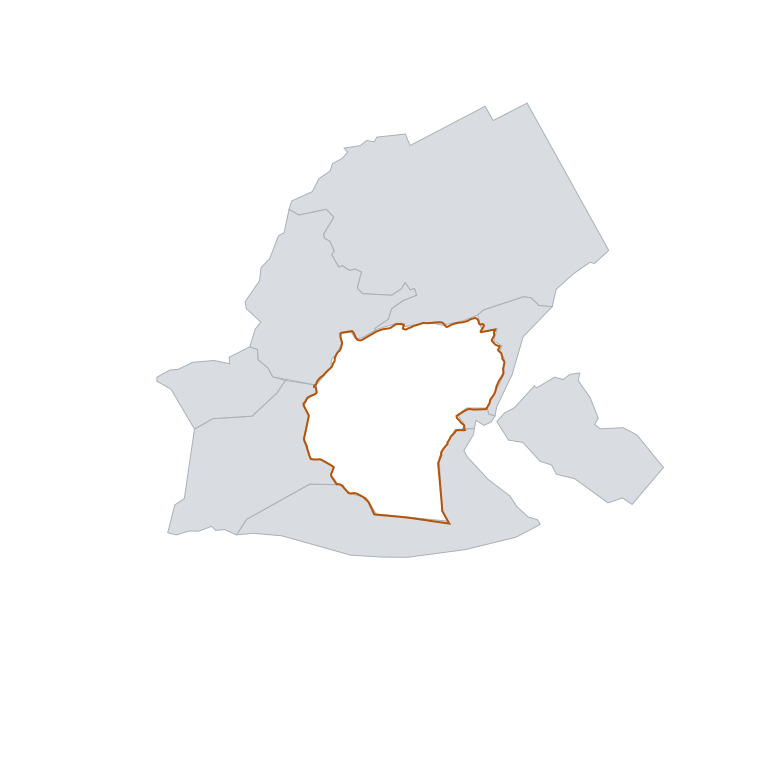 Ethiopia shown with its bordering countries, rotated 61°
{"feature_id": "ETH", "entity_name": "Ethiopia", "entity_type": "country or territory", "adm_level": 0, "iso_a3": "ETH", "parent_name": "Africa", "parent_adm1": "", "projection": "equal_earth", "projection_center": [38.934, 9.154], "detail": "fine", "context": "with_neighbors", "style": "outline", "palette": "amber", "viewbox_px": 768, "rotation_deg": 61, "n_neighbors": 8, "source": "natural_earth", "source_scale": "50m", "svg_char_len": 7321}
<svg xmlns="http://www.w3.org/2000/svg" viewBox="0 0 768 768"><g transform="rotate(61 384 384)"><path d="M435.7,569.7L435.5,497.6L452.3,468.9L461.7,468.6L474.8,454.6L493.9,453.8L535.0,394.5L522.7,394.6L474.7,371.3L458.3,344.0L466.7,326.5L471.5,330.1L481.0,346.5L488.2,346.5L517.8,339.2L542.9,328.2L555.9,327.2L570.2,322.3L577.0,315.6L582.5,315.5L582.0,342.6L568.3,393.0L547.1,447.1L534.7,469.2L517.5,496.2L467.2,547.0L451.1,570.9L444.4,586.1L435.7,569.7Z" fill="#d9dde1" stroke="#a8b0b8" stroke-width="1"/><path d="M409.3,645.3L388.3,625.5L387.3,614.1L331.5,571.6L331.3,550.6L348.1,515.0L340.0,482.3L333.0,468.6L352.1,443.8L359.7,447.1L359.7,458.2L364.7,464.7L374.9,464.7L393.5,481.5L414.6,485.0L418.9,476.7L432.3,468.5L438.3,475.2L448.3,475.2L435.5,497.6L435.7,569.7L444.4,586.1L434.1,594.0L430.4,602.2L424.9,603.7L422.8,617.6L418.1,625.6L415.3,638.8L409.3,645.3Z" fill="#d9dde1" stroke="#a8b0b8" stroke-width="1"/><path d="M195.2,390.1L184.2,381.4L179.2,375.8L181.0,353.5L172.8,341.2L171.6,328.0L166.3,322.3L166.4,310.9L163.5,303.4L158.4,304.5L164.0,289.2L162.6,281.1L167.5,275.1L164.6,270.6L175.7,244.2L188.1,245.6L190.1,160.9L206.5,160.8L207.7,122.7L376.1,122.7L380.6,141.4L377.4,144.9L379.4,164.6L384.6,187.5L397.9,199.4L390.6,210.4L380.0,213.6L375.4,219.5L367.6,260.9L369.1,268.7L366.8,285.4L360.8,304.7L352.0,314.4L344.2,337.4L337.2,342.8L332.8,363.4L332.9,381.1L332.8,365.7L330.8,365.4L329.4,348.8L321.9,341.1L320.3,326.9L322.1,312.5L315.4,311.1L314.4,315.5L305.6,316.5L309.1,322.2L310.2,334.0L294.7,358.9L287.2,361.0L275.0,349.5L269.5,353.6L267.9,359.3L260.4,363.0L259.8,367.0L245.3,367.0L243.3,363.0L232.8,362.3L227.5,365.7L223.5,364.0L213.7,347.1L203.2,349.8L195.0,376.5L185.4,382.4L195.2,390.1Z" fill="#d9dde1" stroke="#a8b0b8" stroke-width="1"/><path d="M369.1,268.7L367.6,260.9L375.4,219.5L380.0,213.6L390.6,210.4L397.9,199.4L410.2,239.5L437.9,267.4L458.5,296.4L465.7,302.3L461.3,307.1L455.1,305.4L433.8,274.6L421.2,266.8L411.3,266.6L407.8,262.5L399.3,267.1L390.5,258.2L386.0,272.8L369.1,268.7Z" fill="#d9dde1" stroke="#a8b0b8" stroke-width="1"/><path d="M592.5,180.1L609.6,225.4L599.3,230.6L596.5,245.8L559.4,263.1L546.6,276.9L535.9,276.8L527.5,284.9L502.5,290.8L493.4,302.3L471.5,303.5L467.7,292.1L468.0,281.5L458.5,253.3L461.3,252.4L460.8,231.3L467.1,225.1L465.6,216.9L469.3,207.4L475.3,212.5L495.7,210.3L517.8,213.2L521.5,219.6L528.2,216.4L538.1,196.1L551.3,187.5L592.5,180.1Z" fill="#d9dde1" stroke="#a8b0b8" stroke-width="1"/><path d="M455.1,305.4L461.3,307.1L465.7,302.3L469.1,308.4L468.7,316.5L460.4,321.2L466.7,326.5L461.4,337.0L458.2,333.5L446.5,334.6L445.1,323.2L455.1,305.4Z" fill="#d9dde1" stroke="#a8b0b8" stroke-width="1"/><path d="M331.5,571.6L285.4,572.8L271.5,581.3L267.9,579.3L268.0,564.4L271.4,556.8L272.2,540.9L281.0,521.4L291.4,509.1L285.5,506.4L286.4,483.3L292.5,477.9L301.8,482.3L313.7,477.7L324.0,477.7L333.0,468.6L340.0,482.3L348.1,515.0L331.3,550.6L331.5,571.6Z" fill="#d9dde1" stroke="#a8b0b8" stroke-width="1"/><path d="M286.4,483.3L273.6,470.1L270.1,461.7L251.2,467.9L244.6,465.5L233.5,442.9L222.6,435.1L219.0,423.2L203.2,404.4L203.2,398.0L185.4,382.4L195.0,376.5L203.2,349.8L213.7,347.1L223.5,364.0L227.5,365.7L232.8,362.3L243.3,363.0L245.3,367.0L259.8,367.0L260.4,363.0L267.9,359.3L269.5,353.6L275.0,349.5L287.2,361.0L294.7,358.9L310.2,334.0L309.1,322.2L305.6,316.5L314.4,315.5L315.4,311.1L322.1,312.5L320.3,326.9L321.9,341.1L329.4,348.8L330.8,365.4L332.8,365.7L332.9,381.1L330.7,387.1L322.9,387.6L317.9,398.8L326.9,400.2L334.2,409.8L336.8,417.7L343.5,422.3L352.1,443.8L324.0,477.7L313.7,477.7L301.8,482.3L292.5,477.9L286.4,483.3Z" fill="#d9dde1" stroke="#a8b0b8" stroke-width="1"/><path d="M351.6,444.1L351.4,443.7L350.1,442.3L348.9,440.5L348.2,438.5L347.5,436.8L347.1,433.1L346.2,430.9L345.4,428.1L344.1,422.8L343.5,421.0L342.5,419.8L341.4,418.6L340.2,416.3L337.2,414.2L336.1,412.6L334.1,409.8L333.6,408.4L333.5,407.0L332.8,405.7L331.7,404.2L328.3,401.1L327.3,400.7L326.1,400.3L324.3,400.0L321.9,399.3L319.7,398.0L318.8,397.2L318.5,396.6L318.8,395.5L319.5,393.8L321.0,389.6L322.0,386.8L322.7,386.0L324.6,385.8L326.6,385.8L328.1,386.1L330.1,386.1L332.6,385.8L333.5,384.9L334.3,383.8L334.6,383.1L334.8,381.3L334.8,379.8L334.6,374.1L334.6,370.6L334.5,366.6L334.5,365.8L334.5,364.8L335.1,360.5L335.7,358.1L336.1,356.8L337.7,352.8L338.0,351.5L338.0,350.3L337.5,344.8L338.5,342.3L339.8,339.8L340.9,338.7L341.8,337.9L342.3,338.2L343.3,339.4L344.7,340.6L345.4,340.3L346.3,339.3L347.1,338.2L347.0,336.3L347.6,332.4L347.5,330.2L348.2,327.4L349.0,323.4L349.4,320.9L349.8,319.6L351.8,316.8L353.6,312.9L354.7,310.1L356.9,305.5L358.0,303.8L358.9,303.1L360.2,302.6L362.6,302.2L364.3,301.8L364.6,301.2L364.8,300.2L364.8,298.2L365.1,294.6L365.9,291.1L366.8,288.5L367.3,287.3L367.9,286.2L368.5,284.2L369.4,280.0L369.3,277.1L370.5,271.9L370.8,271.9L372.7,270.9L374.7,270.8L376.5,271.5L377.7,271.6L378.3,271.3L378.8,270.4L379.3,269.0L380.1,268.2L381.1,268.1L382.5,269.7L384.7,273.9L385.3,274.1L385.7,274.0L386.8,270.6L387.7,268.0L389.3,263.1L390.2,260.3L391.1,261.1L391.9,262.6L392.9,263.2L393.9,263.6L394.4,263.7L395.1,264.3L397.3,267.8L398.1,268.6L399.2,268.7L403.6,267.5L406.3,265.5L406.7,264.7L407.4,264.7L408.3,265.6L408.7,266.4L409.2,267.6L410.3,267.8L412.8,266.9L414.1,266.5L415.1,266.9L416.5,267.2L417.3,267.2L419.3,268.3L421.7,268.0L422.9,268.0L424.0,268.5L426.0,270.3L428.4,272.5L432.0,274.1L432.7,274.7L434.5,277.2L437.1,282.1L440.6,286.7L444.5,290.3L446.5,292.8L447.9,295.9L449.2,298.7L450.6,299.9L451.9,300.9L453.2,303.0L454.2,304.8L455.5,306.9L454.1,309.6L452.2,313.4L450.0,317.7L449.3,318.8L447.3,321.4L447.0,322.1L446.6,324.0L446.6,327.5L446.9,331.9L447.1,336.0L448.2,336.5L449.5,336.7L450.8,336.2L452.5,335.8L454.6,335.5L456.9,334.7L458.2,334.0L459.6,334.1L460.9,334.8L461.5,335.4L462.4,335.6L463.5,335.6L463.3,336.4L462.7,337.5L461.9,338.6L461.2,339.8L459.7,343.0L459.7,343.4L459.9,344.1L460.7,345.6L461.6,348.0L462.0,350.2L462.4,351.2L463.5,352.5L465.0,355.0L465.8,356.7L467.4,357.6L468.0,359.7L469.2,362.9L470.5,365.4L471.8,367.4L473.3,368.2L473.9,368.2L476.9,371.9L479.2,374.7L479.8,375.2L483.9,377.0L488.7,379.1L492.5,380.8L497.4,382.9L502.2,385.1L506.7,387.1L513.1,389.9L518.2,392.2L522.2,394.1L523.1,394.6L527.9,394.6L532.8,394.6L537.7,394.6L534.2,399.3L530.1,404.6L525.9,410.2L523.1,413.8L518.8,419.5L515.2,424.2L511.4,429.4L508.1,434.1L503.7,440.6L500.8,444.8L496.4,451.4L493.5,455.5L493.1,455.8L489.1,455.4L485.2,455.1L480.2,454.8L479.6,454.8L478.1,455.2L477.2,455.5L473.6,456.7L473.0,456.9L470.0,458.7L466.9,460.8L465.3,462.4L464.1,464.8L463.5,466.4L463.0,467.1L462.0,467.8L455.6,469.4L453.8,469.6L450.8,470.8L449.2,472.9L448.7,474.0L446.6,474.0L442.8,474.3L441.2,474.6L440.4,474.7L439.0,474.7L437.8,474.3L437.0,473.7L436.0,472.4L433.9,469.8L432.3,468.2L428.8,470.0L425.7,471.9L421.3,474.6L418.7,476.5L418.0,478.4L416.0,481.9L414.3,484.1L413.6,484.3L409.7,483.9L408.3,483.4L405.9,483.0L402.7,482.3L400.6,481.5L398.3,481.4L395.0,481.1L393.0,480.5L390.9,478.6L388.2,476.2L385.5,473.8L382.6,471.4L379.3,468.5L375.6,465.4L374.8,465.1L374.4,465.1L370.5,464.9L366.3,464.8L363.5,464.7L362.7,464.3L362.0,463.6L361.2,461.3L360.1,459.7L358.9,457.6L358.8,454.8L359.1,451.7L359.4,450.7L359.3,449.7L359.3,448.3L358.6,447.0L354.6,445.5L353.9,445.6L353.2,446.2L352.5,446.6L351.9,446.2L351.6,445.6L351.6,444.7L351.6,444.1Z" fill="none" stroke="#b45309" stroke-width="2"/></g></svg>